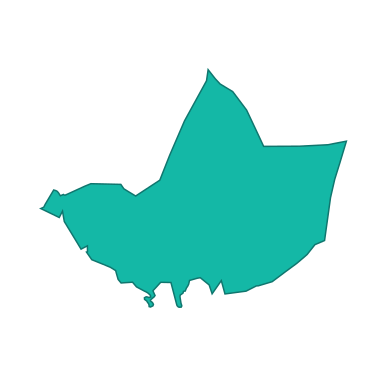 the district of Santiago Huajolotitlán, Oaxaca, Mexico, rotated 286°
{"feature_id": "50627088B70096556657252", "entity_name": "Santiago Huajolotitlán", "entity_type": "district", "adm_level": 2, "iso_a3": "MEX", "parent_name": "Mexico", "parent_adm1": "Oaxaca", "projection": "albers", "projection_center": [-97.715, 17.814], "detail": "fine", "context": "isolated", "style": "filled", "palette": "teal", "viewbox_px": 384, "rotation_deg": 286, "n_neighbors": 0, "source": "geoboundaries", "source_scale": "gbopen_adm2", "svg_char_len": 1662}
<svg xmlns="http://www.w3.org/2000/svg" viewBox="0 0 384 384"><g transform="rotate(286 192 192)"><path d="M314.0,173.8L302.9,175.3L294.5,173.4L258.3,165.2L221.1,160.4L194.5,157.8L173.6,139.8L172.6,139.0L174.9,130.5L176.3,125.6L179.7,121.5L175.5,105.4L172.1,92.5L168.0,87.3L155.9,73.2L153.9,70.8L153.9,70.2L154.0,69.5L154.2,69.1L152.1,66.5L154.5,63.8L155.5,62.2L155.8,60.7L155.8,58.5L139.8,54.3L136.6,53.7L134.4,51.2L130.9,71.4L137.9,72.8L128.4,77.4L115.6,91.3L106.5,101.1L111.4,106.3L105.8,108.0L105.2,107.1L99.3,114.3L98.0,126.6L97.1,134.4L95.4,140.3L92.7,141.9L87.6,145.1L85.0,148.9L86.0,151.6L88.9,159.7L85.5,164.8L83.5,174.1L83.5,174.5L82.9,177.1L82.2,178.6L81.2,180.5L79.6,181.2L78.7,179.6L78.8,178.1L78.6,176.8L77.2,175.4L75.7,176.0L74.7,178.6L73.6,179.7L72.7,181.0L71.6,181.8L70.0,182.4L70.0,183.8L71.8,185.8L73.4,185.9L74.9,184.4L75.8,182.1L76.7,181.8L77.8,182.5L80.9,184.6L82.4,185.0L82.8,184.6L83.1,184.3L85.4,182.4L86.3,181.7L86.8,181.9L89.5,183.3L91.1,184.1L95.6,186.3L96.6,186.9L99.2,196.7L79.6,208.3L78.6,209.0L77.7,210.6L77.8,211.8L78.4,213.4L79.7,213.6L80.7,213.0L82.0,212.1L88.0,209.3L89.7,209.1L91.0,210.2L92.3,211.2L94.1,211.2L95.0,212.7L95.0,212.8L98.1,213.1L100.2,213.8L102.5,214.2L104.2,214.1L106.3,214.0L110.6,220.9L111.9,223.6L107.4,234.1L99.7,239.4L114.9,244.6L103.1,251.8L111.6,271.3L119.5,279.8L120.1,281.6L127.9,293.8L141.0,303.7L152.3,312.4L160.4,317.8L163.7,319.9L175.3,324.7L181.9,332.8L224.8,326.7L243.5,325.7L261.0,326.1L283.4,326.4L274.8,309.4L265.6,282.6L265.5,282.2L255.6,248.3L269.4,236.3L285.8,221.9L299.7,203.5L301.9,195.4L303.6,189.2L307.3,183.1L314.0,173.8Z" fill="#14b8a6" stroke="#0f766e" stroke-width="1.5"/></g></svg>